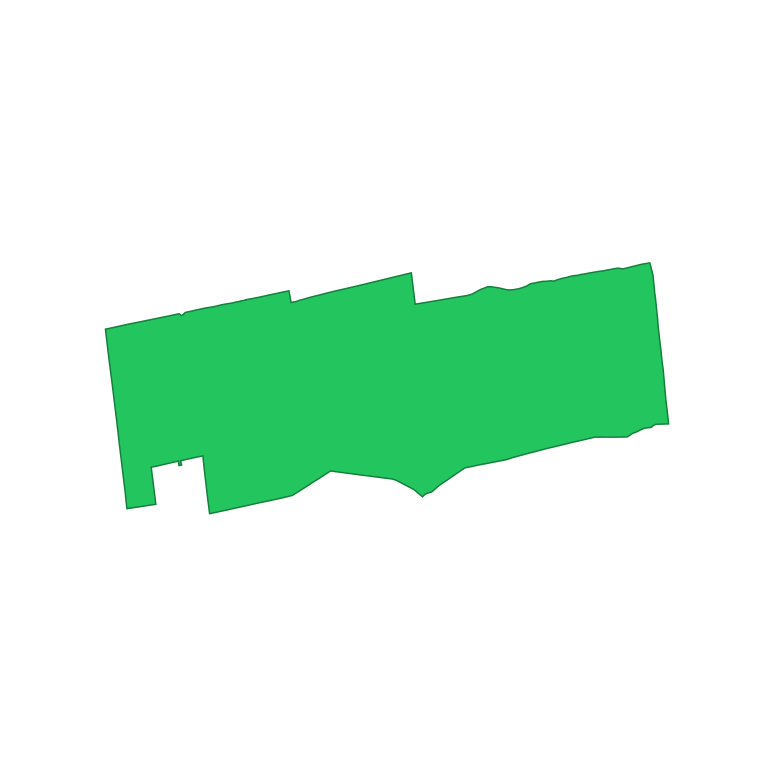 Ulmeni, Buzau, Romania (Albers equal-area conic projection), rotated 292°
{"feature_id": "2599482B81185008860025", "entity_name": "Ulmeni", "entity_type": "district", "adm_level": 2, "iso_a3": "ROU", "parent_name": "Romania", "parent_adm1": "Buzau", "projection": "albers", "projection_center": [26.636, 45.037], "detail": "fine", "context": "isolated", "style": "filled", "palette": "green", "viewbox_px": 768, "rotation_deg": 292, "n_neighbors": 0, "source": "geoboundaries", "source_scale": "gbopen_adm2", "svg_char_len": 3135}
<svg xmlns="http://www.w3.org/2000/svg" viewBox="0 0 768 768"><g transform="rotate(292 384 384)"><path d="M529.0,480.1L527.7,479.0L525.7,476.8L522.7,473.1L519.9,468.6L518.4,465.6L517.4,462.8L517.3,462.0L516.1,454.5L515.2,450.4L514.1,446.4L513.0,443.7L507.6,437.9L500.5,432.1L497.1,427.9L495.2,424.7L491.3,418.1L480.7,401.1L469.7,383.0L497.3,367.7L487.8,354.4L465.4,323.2L465.1,322.8L451.3,303.0L437.2,283.7L436.6,282.9L435.1,280.9L433.9,279.5L432.0,277.0L430.5,274.9L429.1,273.4L428.2,272.3L427.3,271.4L427.0,270.7L424.8,267.4L425.7,266.7L430.7,263.6L434.8,260.9L427.3,249.8L425.6,247.3L423.0,243.4L420.2,239.4L418.5,236.8L417.6,235.6L416.2,233.3L413.9,230.0L413.4,229.2L413.2,228.8L413.0,228.5L412.5,227.7L411.7,226.3L410.3,224.2L410.1,224.3L408.8,222.4L407.3,220.0L406.5,219.1L404.1,215.5L402.2,212.8L401.4,211.5L400.8,210.5L399.8,208.8L397.0,204.3L391.9,197.2L387.0,189.1L375.9,172.9L373.9,172.1L373.0,171.8L371.8,170.8L371.6,169.9L372.2,168.7L372.3,167.6L366.5,159.0L347.1,129.7L346.3,128.5L344.9,126.3L341.2,120.9L330.5,105.2L310.1,116.3L297.8,123.2L281.2,132.5L265.3,141.3L250.5,149.5L240.8,154.8L228.4,161.5L211.3,171.0L203.6,175.2L196.0,179.4L186.3,184.8L178.6,188.8L172.1,192.4L187.0,217.5L219.7,199.3L222.2,203.3L227.7,211.1L231.1,216.0L233.6,219.5L235.5,222.3L231.6,224.4L233.0,226.7L236.8,224.2L238.5,226.8L240.4,229.5L243.1,233.5L246.0,237.7L249.5,243.0L238.7,248.7L234.1,251.2L226.4,255.4L212.5,263.0L198.4,270.9L219.7,302.1L226.8,312.4L234.2,323.5L242.8,335.9L246.4,340.8L247.4,341.5L251.1,344.2L257.2,348.6L265.9,354.7L272.2,359.2L283.3,367.0L285.6,375.8L290.3,394.1L298.9,426.9L299.1,428.3L299.3,431.7L297.3,451.4L293.8,461.9L297.1,463.4L298.9,465.0L300.4,467.0L301.6,468.5L303.3,469.5L305.5,470.6L310.8,473.3L318.1,478.2L336.4,490.3L338.5,493.4L340.6,496.6L342.8,499.8L346.9,506.0L347.9,507.7L353.9,516.9L354.1,517.2L356.7,521.2L359.3,525.3L361.4,527.9L363.6,530.3L363.7,530.5L370.8,539.9L375.2,545.7L376.5,547.5L381.7,554.5L383.4,556.7L385.1,559.0L386.4,560.8L387.1,561.8L388.5,563.9L389.9,565.8L391.1,567.5L391.9,568.7L399.1,578.6L403.0,584.2L405.1,587.2L413.9,599.7L419.6,614.0L421.9,619.6L423.2,622.6L425.9,629.2L431.3,633.0L434.1,636.0L434.8,636.7L437.5,639.0L439.1,640.6L440.7,642.2L443.5,647.3L444.3,648.3L445.9,649.0L447.4,650.1L448.5,651.3L448.9,652.0L451.2,657.4L453.6,662.8L458.4,660.3L460.4,659.2L464.0,657.3L474.9,651.3L485.4,645.9L501.9,637.5L509.6,633.1L514.7,630.4L516.3,629.6L518.7,628.3L521.3,626.9L533.8,620.0L538.3,617.6L541.5,615.9L547.9,612.8L553.6,609.7L560.5,606.1L567.7,602.2L570.2,600.7L573.2,599.2L581.5,594.8L585.9,592.5L595.9,585.1L591.7,578.3L586.2,570.6L580.7,563.1L580.1,562.3L579.8,560.3L579.0,557.4L578.3,556.1L576.6,553.4L575.2,551.3L574.0,549.3L572.6,547.2L570.8,544.5L569.5,542.0L563.6,532.4L560.9,528.3L559.8,526.2L558.4,524.4L556.8,522.0L556.0,520.1L555.3,519.0L553.7,516.6L552.6,515.2L551.6,513.9L550.8,512.8L548.3,509.0L545.6,505.7L543.2,503.2L542.8,502.2L542.2,500.0L539.9,495.7L538.4,492.3L537.3,490.7L536.0,488.6L534.2,486.0L533.1,484.2L532.9,483.9L532.2,482.8L531.8,482.2L531.5,482.0L531.3,481.8L529.0,480.1Z" fill="#22c55e" stroke="#15803d" stroke-width="1.5"/></g></svg>